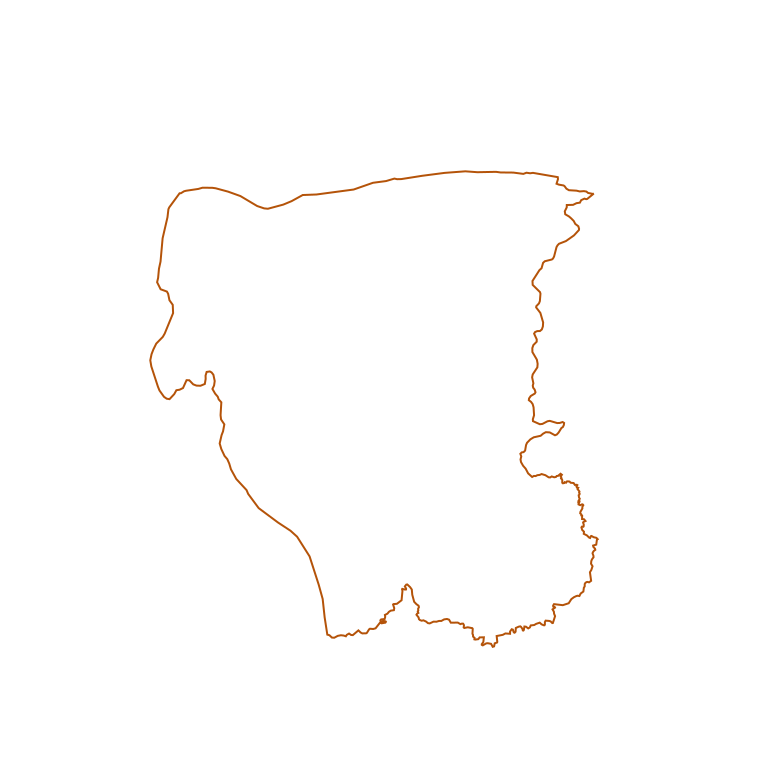 the district of Kham, Xiangkhoang, Laos, rotated 111°
{"feature_id": "54806243B15908522447592", "entity_name": "Kham", "entity_type": "district", "adm_level": 2, "iso_a3": "LAO", "parent_name": "Laos", "parent_adm1": "Xiangkhoang", "projection": "orthographic", "projection_center": [103.704, 19.758], "detail": "fine", "context": "isolated", "style": "outline", "palette": "amber", "viewbox_px": 768, "rotation_deg": 111, "n_neighbors": 0, "source": "geoboundaries", "source_scale": "gbopen_adm2", "svg_char_len": 6166}
<svg xmlns="http://www.w3.org/2000/svg" viewBox="0 0 768 768"><g transform="rotate(111 384 384)"><path d="M131.1,256.4L131.7,257.3L132.5,262.0L131.8,264.0L132.3,266.5L134.1,270.3L134.5,273.5L136.8,280.8L136.3,283.7L134.6,286.3L134.3,287.5L135.2,292.2L135.2,294.7L130.4,295.0L128.6,295.9L133.5,320.6L134.9,323.1L135.7,326.7L137.9,329.2L140.3,339.1L144.7,350.9L145.8,355.5L152.8,372.7L156.3,384.3L165.2,403.1L175.9,422.9L186.5,441.3L188.1,445.2L188.5,447.9L193.8,454.8L200.1,466.4L213.3,482.0L231.3,515.0L236.7,527.6L246.4,535.8L252.6,542.3L262.0,555.2L263.0,558.8L263.3,566.2L260.0,585.4L260.3,598.6L261.6,611.3L262.4,614.7L265.8,623.8L268.4,627.2L274.5,638.0L275.7,639.7L278.7,642.0L279.2,643.2L296.1,647.8L298.1,647.9L305.9,645.9L327.3,642.9L349.8,636.5L357.0,635.4L365.9,632.9L370.3,632.3L375.6,626.5L375.5,619.8L377.1,617.9L382.7,614.3L385.8,609.6L393.4,606.3L415.5,606.8L419.3,607.4L427.9,611.1L434.5,611.7L439.5,611.7L445.6,610.7L451.0,607.5L467.5,594.1L470.5,591.3L474.8,584.8L475.6,581.6L475.0,578.8L468.6,576.2L464.2,575.6L462.6,572.8L459.8,570.2L451.2,569.7L450.3,567.1L452.7,562.0L452.7,558.5L451.4,554.7L448.2,551.3L443.2,552.3L440.1,553.6L436.3,553.9L434.7,551.1L435.0,549.1L436.5,546.6L441.9,543.1L446.3,542.1L450.1,542.4L453.5,538.2L455.4,534.7L457.6,532.8L459.4,529.3L471.7,525.4L475.5,523.4L478.9,518.6L485.9,517.3L490.0,517.3L498.4,516.1L503.0,512.6L508.3,507.1L510.3,503.4L513.7,500.0L518.5,496.3L525.6,487.9L532.3,474.3L535.3,471.4L544.8,456.5L551.3,433.3L554.5,418.7L557.7,410.4L571.6,391.7L594.8,373.0L606.7,364.2L623.1,355.8L638.3,347.1L638.1,344.9L639.4,341.8L638.7,339.5L635.7,336.9L634.0,334.2L633.3,331.5L633.2,329.2L631.6,328.9L629.5,327.2L630.1,324.8L629.6,323.1L623.2,319.6L624.4,316.7L624.6,314.9L623.2,311.4L622.5,310.8L618.4,310.0L617.5,309.4L616.6,306.3L615.1,304.3L608.2,302.2L608.3,300.5L606.3,297.2L605.3,297.0L605.0,297.5L605.4,299.6L606.6,300.8L606.9,301.8L605.9,302.7L604.8,302.3L603.2,299.2L601.0,299.4L599.3,300.4L597.2,298.5L595.0,297.8L593.2,296.5L591.6,293.7L589.6,294.1L586.6,296.5L586.1,296.3L584.6,293.2L579.6,290.1L570.6,292.6L569.1,293.6L568.7,293.5L568.4,290.7L567.9,289.8L567.0,290.1L565.5,292.0L563.3,291.3L562.8,290.4L564.3,286.8L565.9,284.4L570.6,282.1L576.5,277.8L577.9,274.9L578.6,272.3L579.8,271.4L581.7,271.6L583.2,270.8L584.2,271.0L585.4,269.9L586.5,270.8L587.8,271.0L589.5,268.1L591.0,267.1L591.5,265.9L591.5,264.0L590.5,262.5L590.7,259.6L591.5,257.3L591.1,255.5L588.2,252.7L587.1,249.8L585.4,247.6L584.7,245.6L582.2,243.5L580.8,241.0L580.7,238.8L582.9,236.1L580.3,229.6L580.8,226.6L579.7,225.3L579.4,224.2L580.5,222.9L582.7,222.4L583.0,221.6L581.1,218.6L580.3,214.1L580.8,213.4L585.5,211.9L586.3,211.0L587.9,210.3L588.6,208.4L590.0,208.1L589.9,207.2L588.4,204.5L586.3,203.9L584.7,200.0L589.3,198.8L591.9,199.5L592.5,199.2L592.6,198.1L589.5,195.6L588.8,194.2L588.2,190.9L590.4,188.3L589.5,187.2L586.4,187.7L584.8,185.8L584.2,185.8L578.9,188.5L575.6,183.2L573.4,181.3L572.0,176.8L569.9,177.6L567.2,176.9L567.1,175.7L569.1,174.1L569.5,173.2L569.2,172.8L568.1,172.4L564.5,173.5L562.3,171.3L561.4,169.9L561.6,169.1L563.0,167.0L564.3,166.1L564.2,165.5L563.5,165.3L560.1,166.0L559.7,164.5L560.5,161.8L559.0,160.6L556.8,160.5L555.2,157.4L553.4,156.0L551.0,153.1L551.9,150.8L552.0,148.5L551.7,147.7L550.9,147.6L548.6,148.5L547.0,148.3L546.0,144.9L545.9,143.4L546.9,141.2L546.6,140.7L539.4,141.1L537.5,142.9L535.7,143.8L534.0,145.9L531.5,144.2L531.0,144.8L531.2,146.2L530.2,146.7L528.6,146.4L526.4,137.8L522.5,133.0L517.7,132.0L515.0,130.3L513.0,128.4L512.3,127.4L511.9,125.6L509.1,125.3L506.3,123.5L502.6,124.4L501.0,124.1L498.9,124.9L497.8,124.8L496.4,124.0L495.8,123.0L495.7,121.5L493.5,120.1L485.9,124.3L483.3,123.8L479.4,124.0L477.6,126.3L475.1,127.0L473.2,127.0L470.6,126.3L469.2,127.0L467.4,128.6L466.4,128.7L464.6,128.3L463.1,127.3L462.1,128.0L461.0,130.2L459.9,130.9L457.9,128.3L453.1,129.4L452.3,128.9L451.5,130.6L451.9,133.4L451.5,135.8L451.9,136.3L453.9,136.4L453.9,137.4L452.6,140.4L452.3,143.8L450.2,144.4L449.2,146.7L447.1,148.3L446.2,148.1L445.8,146.7L445.4,146.6L443.7,147.1L442.0,148.5L441.4,148.4L439.7,146.8L438.6,148.8L439.1,150.7L436.0,151.8L436.0,152.7L435.1,152.9L434.4,154.5L432.9,154.8L429.1,154.2L427.6,154.8L425.7,154.5L425.3,155.1L425.3,155.9L426.8,157.4L426.7,159.2L425.4,159.3L425.2,160.1L424.7,160.2L423.9,159.3L423.4,159.4L423.3,160.5L421.0,160.1L420.1,161.2L418.1,162.4L417.1,161.9L416.2,162.1L415.6,162.9L414.3,163.0L412.7,165.7L411.3,165.5L411.4,166.9L410.7,167.6L409.1,167.3L409.0,167.9L409.8,169.7L408.5,171.5L409.3,174.4L408.6,175.8L409.0,177.5L409.5,178.4L410.9,178.7L410.9,180.1L411.8,180.2L412.6,181.4L412.3,182.2L409.9,183.1L409.0,183.9L408.8,184.9L407.6,185.0L407.0,186.0L405.0,185.4L404.5,187.0L407.4,188.6L408.0,189.8L409.2,190.2L410.1,191.7L410.2,194.3L411.7,195.4L412.1,196.9L411.3,200.6L411.6,204.6L413.1,206.1L414.2,208.2L415.6,209.4L416.1,211.1L417.7,212.4L415.8,217.4L412.3,221.4L410.5,224.8L407.8,228.1L405.5,229.5L402.4,229.9L400.3,231.7L398.5,230.9L397.6,229.3L395.6,228.4L390.1,229.5L387.6,229.4L383.2,227.5L380.1,225.1L376.2,219.2L373.4,217.7L371.0,215.7L369.8,211.9L370.6,206.0L369.3,204.6L366.8,203.6L361.5,202.6L360.1,201.6L357.8,201.4L355.8,201.9L355.5,203.6L357.4,206.0L358.4,208.3L359.0,216.0L360.2,218.0L364.5,221.8L365.7,224.1L365.3,231.6L363.6,232.4L359.4,232.7L352.2,236.0L349.5,238.0L348.0,240.3L347.2,243.0L345.5,243.4L342.6,242.7L338.9,239.8L337.4,239.6L335.2,241.4L334.0,243.4L332.3,244.5L329.8,244.8L324.7,248.1L321.8,248.6L313.5,246.8L310.1,247.8L306.5,250.0L301.0,256.9L297.3,258.4L294.1,258.5L289.8,256.6L287.6,257.4L283.2,261.9L281.4,261.6L279.7,259.9L278.7,257.4L276.5,256.2L273.3,256.3L269.5,257.5L261.6,263.5L258.0,269.4L256.8,269.7L253.2,268.2L250.7,268.2L243.6,270.3L242.3,271.3L238.2,280.7L234.6,282.3L222.0,279.7L219.5,278.4L213.9,278.9L211.8,277.9L207.6,271.9L206.4,271.2L204.1,270.9L194.4,272.0L192.4,271.7L190.4,270.9L185.4,265.4L177.2,259.9L170.4,257.2L169.2,257.5L167.1,259.1L166.0,262.8L163.8,265.3L162.3,268.6L161.3,271.3L160.6,275.6L158.0,277.1L153.6,276.7L151.4,277.5L149.0,271.7L146.2,269.1L144.5,266.1L141.7,265.8L139.1,263.3L139.0,261.5L138.4,260.6L131.1,256.4Z" fill="none" stroke="#b45309" stroke-width="2"/></g></svg>